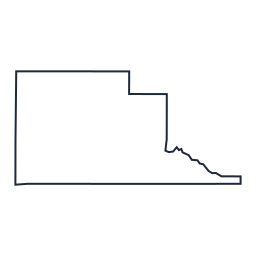 Jefferson, Idaho, United States of America
{"feature_id": "52423323B94431065830761", "entity_name": "Jefferson", "entity_type": "district", "adm_level": 2, "iso_a3": "USA", "parent_name": "United States of America", "parent_adm1": "Idaho", "projection": "robinson", "projection_center": [-112.06, 43.841], "detail": "fine", "context": "isolated", "style": "outline", "palette": "slate", "viewbox_px": 256, "rotation_deg": 0, "n_neighbors": 0, "source": "geoboundaries", "source_scale": "gbopen_adm2", "svg_char_len": 486}
<svg xmlns="http://www.w3.org/2000/svg" viewBox="0 0 256 256"><path d="M16.0,93.8L15.5,139.2L15.4,184.7L27.5,183.8L52.6,183.8L165.4,183.9L240.6,183.8L240.6,176.4L221.4,176.3L215.9,173.0L212.3,173.2L208.6,171.0L203.2,164.2L199.8,163.6L197.5,160.3L191.8,159.8L188.6,155.1L182.6,152.4L181.3,149.0L178.9,150.1L176.7,147.2L173.2,151.5L168.9,152.1L165.4,150.7L166.7,139.4L166.8,105.4L166.8,94.1L129.1,94.0L129.2,71.4L16.2,71.3L16.0,93.8Z" fill="none" stroke="#1e293b" stroke-width="2"/></svg>